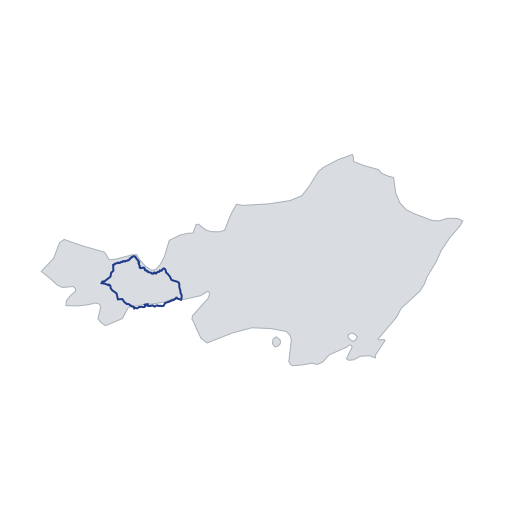 Sisian, Syunik, Armenia shown in context, rotated 131°
{"feature_id": "60910142B33195245753630", "entity_name": "Sisian", "entity_type": "district", "adm_level": 2, "iso_a3": "ARM", "parent_name": "Armenia", "parent_adm1": "Syunik", "projection": "natural_earth1", "projection_center": [45.922, 39.579], "detail": "fine", "context": "in_parent", "style": "outline", "palette": "blue", "viewbox_px": 512, "rotation_deg": 131, "n_neighbors": 0, "source": "geoboundaries", "source_scale": "gbopen_adm2", "svg_char_len": 7354}
<svg xmlns="http://www.w3.org/2000/svg" viewBox="0 0 512 512"><g transform="rotate(131 256 256)"><path d="M229.9,304.6L226.3,299.0L208.5,280.8L191.9,266.7L180.5,261.0L169.0,261.6L151.1,264.4L144.6,263.2L129.1,257.1L116.2,249.8L118.0,246.8L120.7,244.6L117.5,235.2L110.4,220.0L111.2,215.3L109.0,208.7L106.5,203.7L116.8,191.9L121.5,182.3L122.6,173.0L120.0,163.4L113.4,145.9L109.4,140.9L101.8,136.1L95.4,128.4L93.9,122.9L99.3,121.8L115.0,121.7L130.3,119.8L142.3,116.2L159.6,113.2L166.7,110.5L175.0,109.2L200.3,112.1L209.7,109.8L238.2,109.4L238.9,108.3L235.1,104.6L235.1,103.2L252.1,100.9L254.7,99.1L256.9,105.0L263.2,111.5L270.2,114.1L273.9,117.7L274.1,120.4L261.7,123.7L260.9,125.4L261.7,127.0L265.4,127.8L282.6,135.9L292.4,136.1L297.6,138.6L300.2,143.5L308.4,150.1L314.9,156.6L315.3,158.8L314.1,162.0L295.7,174.6L293.4,179.0L293.1,183.6L301.1,197.3L313.0,212.2L330.1,223.6L353.8,235.9L354.1,243.5L350.3,252.6L347.1,258.8L345.6,263.0L342.8,264.7L319.2,264.4L315.6,265.8L314.1,267.6L314.0,269.1L322.4,271.9L335.7,281.6L343.3,291.0L351.2,295.1L360.1,302.7L367.3,309.7L378.4,318.7L390.8,315.8L407.3,323.8L408.0,329.3L407.0,334.2L396.6,339.6L395.3,341.8L395.3,343.6L396.7,346.3L402.8,350.6L410.0,357.1L418.1,366.8L414.5,369.7L407.0,370.1L401.1,369.0L399.0,370.9L399.1,374.1L406.8,381.5L408.3,386.9L408.0,396.2L408.5,408.0L390.5,407.2L375.1,412.9L369.4,411.7L365.5,401.7L362.2,393.6L352.5,372.8L355.1,364.2L349.7,359.3L336.6,350.4L333.2,346.8L335.1,341.7L336.3,332.5L335.1,325.1L331.6,322.8L325.1,322.7L317.1,324.5L301.1,331.7L290.1,327.1L283.7,322.5L280.0,318.6L271.7,321.8L269.7,320.3L269.3,310.7L266.8,305.5L261.8,299.5L257.2,296.6L240.1,302.6L229.9,304.6ZM256.9,133.2L257.4,129.8L256.6,126.7L253.9,125.7L250.5,126.5L250.2,129.9L251.2,133.2L254.6,134.7L256.9,133.2ZM311.2,186.4L307.3,188.6L303.6,187.6L303.7,182.2L306.3,180.1L309.4,180.2L312.3,182.1L311.2,186.4Z" fill="#d9dde1" stroke="#a8b0b8" stroke-width="1"/><path d="M377.8,354.7L376.0,351.8L374.8,348.2L374.0,348.2L374.0,346.3L375.6,344.7L376.2,342.2L375.7,336.7L379.3,331.8L376.2,328.6L377.1,325.5L377.0,322.0L375.9,320.6L375.8,320.2L375.7,319.9L375.7,319.7L375.7,319.2L375.8,318.8L375.7,318.5L375.7,318.2L375.7,317.8L375.4,317.6L375.4,317.1L375.5,317.0L375.5,316.8L375.4,316.6L375.4,316.3L375.3,316.0L375.2,315.9L374.7,315.7L374.7,315.4L374.6,314.8L374.7,314.5L374.9,314.3L375.1,314.1L375.3,313.8L375.4,313.6L375.2,313.6L374.9,313.5L374.7,313.4L374.5,313.2L374.3,312.9L374.2,312.8L374.0,312.3L373.8,312.0L373.7,311.7L373.3,311.3L372.6,311.1L371.3,310.8L371.1,310.7L370.9,310.4L370.7,310.1L370.3,309.7L370.1,309.5L369.8,309.4L369.3,309.0L369.1,308.7L369.0,308.4L368.9,308.1L368.7,307.8L368.5,307.4L368.2,307.1L367.8,306.8L367.5,306.7L367.3,306.7L367.0,306.8L366.9,306.9L366.6,307.0L366.4,306.9L366.3,307.0L366.1,306.9L365.9,307.0L365.7,307.4L365.7,307.6L365.7,308.0L365.4,307.9L365.2,307.8L365.1,307.7L364.6,307.2L364.4,307.0L364.3,306.8L364.2,306.5L364.1,306.4L363.8,306.4L363.7,306.4L363.4,306.1L363.6,305.9L363.9,305.8L364.3,305.8L364.5,305.6L364.7,305.4L364.7,305.2L364.6,304.9L364.5,304.7L364.4,304.6L364.3,304.4L364.2,304.2L363.3,303.2L363.1,303.0L362.9,302.9L362.6,302.7L362.4,302.6L362.2,302.5L362.1,302.2L361.9,302.1L361.7,301.9L361.4,301.9L361.2,301.7L361.0,301.3L360.9,301.1L360.8,300.9L360.9,300.7L360.9,300.3L360.8,300.2L360.7,299.9L360.7,299.7L360.7,299.4L360.4,299.2L360.1,299.0L359.5,299.0L359.1,298.9L358.9,298.8L358.5,298.4L358.3,298.3L358.1,298.2L357.9,298.0L357.8,297.8L357.8,297.6L357.8,297.4L357.9,297.2L357.7,296.8L357.4,296.6L356.9,296.0L356.7,295.9L356.4,295.7L356.2,295.4L356.1,295.1L355.9,294.6L355.6,294.1L355.4,293.9L355.1,293.7L354.7,293.4L354.3,293.1L354.1,293.2L353.6,293.3L353.1,293.3L352.8,293.3L352.4,293.5L352.1,293.6L351.5,293.7L351.1,293.7L350.7,293.5L349.7,292.9L349.2,292.7L348.8,292.4L348.4,292.2L348.2,292.0L347.8,291.6L347.4,291.7L347.2,291.6L346.8,291.4L346.4,291.2L345.9,290.8L345.4,290.6L344.9,290.5L344.5,290.5L344.4,290.4L344.2,290.2L344.1,289.8L343.9,289.7L343.6,289.5L343.4,289.3L342.8,289.3L342.6,289.1L342.3,289.0L341.9,289.1L341.3,288.9L341.1,288.8L340.6,288.9L340.1,288.9L339.8,288.9L339.6,288.8L339.5,288.5L339.5,288.3L339.5,287.4L339.4,286.7L339.1,286.0L338.8,285.4L338.5,284.8L338.4,284.4L338.4,284.0L338.3,283.8L336.8,284.4L335.4,285.5L334.3,286.5L333.3,288.9L331.8,290.3L329.7,293.6L327.5,295.5L326.9,296.5L326.8,297.3L327.0,298.4L329.4,303.7L329.4,304.5L328.8,305.7L328.0,307.6L327.7,309.6L327.4,310.8L327.4,311.7L327.6,312.6L327.1,313.5L325.9,315.1L325.6,316.2L325.7,317.1L326.0,317.6L327.0,317.8L327.5,317.8L327.8,317.9L328.0,317.9L328.3,317.7L328.6,317.7L328.7,317.8L328.8,317.8L329.0,317.7L329.5,317.9L329.6,318.2L329.8,318.4L330.0,318.8L330.0,319.0L330.4,319.0L330.6,319.0L331.0,318.8L331.2,318.7L331.5,318.7L331.7,318.9L331.9,319.1L332.1,319.4L332.3,319.7L332.8,319.8L333.2,319.9L333.5,319.9L333.9,319.9L334.4,319.9L334.7,319.9L334.9,320.0L334.9,320.3L334.9,320.5L334.7,320.9L334.8,321.0L335.2,321.5L335.3,321.7L335.3,321.9L335.3,322.0L335.5,322.0L335.8,321.9L336.2,321.8L336.4,321.7L336.5,321.7L336.9,322.0L337.0,322.1L337.1,322.4L337.3,322.7L337.5,323.0L337.4,323.1L337.4,323.3L337.3,323.5L337.4,323.8L337.4,324.1L337.9,324.9L338.0,325.2L338.4,325.8L338.5,326.1L338.6,326.5L338.6,326.9L338.5,327.2L338.5,327.3L338.8,327.4L339.0,327.5L339.0,327.8L339.0,328.0L339.0,328.3L338.8,328.7L338.7,329.0L338.8,329.1L338.9,329.3L339.1,329.5L339.3,329.8L339.4,330.1L339.5,330.3L339.5,330.5L339.4,330.6L339.3,330.8L339.2,331.0L339.1,331.3L338.8,331.4L338.8,331.7L338.7,331.8L338.4,332.1L338.3,332.8L338.3,333.0L338.9,333.5L339.0,333.7L339.2,333.8L339.4,334.1L339.6,334.3L339.9,334.4L340.1,334.4L340.2,334.7L340.3,334.8L340.5,334.9L340.8,335.1L340.8,335.4L340.8,335.6L341.0,335.7L341.1,336.0L341.0,336.3L340.9,336.4L340.6,336.5L340.4,336.7L340.2,337.0L339.9,337.1L339.8,337.3L339.7,337.6L339.5,337.9L339.4,338.1L339.3,338.4L339.2,338.7L338.9,338.9L338.7,339.1L338.7,339.3L338.7,339.5L338.5,340.1L338.3,340.2L338.0,340.2L337.7,340.2L337.4,340.1L337.2,340.3L337.3,340.5L337.2,340.7L337.1,340.9L337.0,341.2L337.1,341.5L336.9,341.9L336.8,342.2L336.6,342.4L336.6,342.6L336.7,343.0L336.6,343.6L336.6,344.0L336.3,344.6L336.3,345.0L336.2,345.4L336.2,345.6L335.9,345.8L335.8,346.1L335.7,346.4L335.8,346.7L335.8,347.0L336.0,347.3L336.0,347.7L336.1,347.9L336.3,348.1L336.5,348.3L337.3,348.5L337.8,349.0L338.0,349.0L338.5,348.8L338.8,348.9L338.9,349.1L339.1,349.2L339.5,349.2L339.8,349.2L340.4,349.2L340.6,349.2L340.7,349.4L340.8,349.5L341.1,349.3L341.4,349.3L341.7,349.2L341.9,349.2L342.1,349.2L342.4,349.3L342.7,349.4L342.9,349.6L343.0,349.5L343.4,349.7L343.7,349.9L344.1,350.2L344.2,350.4L344.4,350.5L344.7,350.7L345.0,350.8L345.3,351.0L345.5,351.2L346.0,351.2L346.2,351.4L346.4,351.7L346.4,352.1L346.6,352.4L346.7,352.6L347.0,352.8L347.3,352.9L347.4,353.0L347.5,353.0L348.0,352.9L348.3,353.0L348.5,353.4L348.6,353.6L349.0,353.7L349.3,353.8L349.4,354.0L349.5,354.1L349.8,354.2L350.0,354.2L350.3,354.1L350.5,354.2L350.6,354.4L351.0,354.6L351.3,354.9L351.3,355.2L351.3,355.5L351.5,355.8L351.8,355.9L352.0,356.0L352.4,356.2L352.9,356.4L353.5,356.8L353.8,357.0L354.0,357.0L354.2,357.3L354.3,357.4L354.5,357.4L354.5,357.6L354.4,357.8L354.5,357.7L354.8,357.5L355.7,357.6L355.9,357.4L356.1,357.4L356.3,357.5L356.5,357.6L356.6,357.8L360.7,354.0L363.6,354.3L367.1,352.3L374.5,353.7L376.1,355.2L377.8,354.7Z" fill="none" stroke="#1e3a8a" stroke-width="2"/></g></svg>